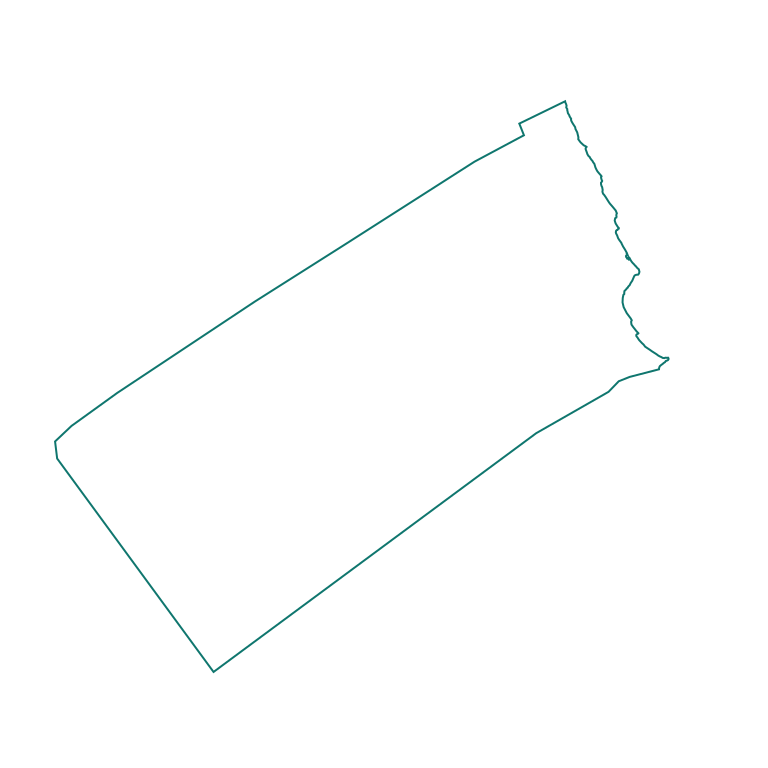 Marsa Matruh, Matruh, Egypt, rotated 55°
{"feature_id": "37247803B7137912263252", "entity_name": "Marsa Matruh", "entity_type": "district", "adm_level": 2, "iso_a3": "EGY", "parent_name": "Egypt", "parent_adm1": "Matruh", "projection": "natural_earth1", "projection_center": [27.133, 30.048], "detail": "fine", "context": "isolated", "style": "outline", "palette": "teal", "viewbox_px": 768, "rotation_deg": 55, "n_neighbors": 0, "source": "geoboundaries", "source_scale": "gbopen_adm2", "svg_char_len": 2764}
<svg xmlns="http://www.w3.org/2000/svg" viewBox="0 0 768 768"><g transform="rotate(55 384 384)"><path d="M529.7,150.3L528.9,149.7L528.1,148.7L527.6,147.8L527.4,145.8L527.4,144.1L527.2,143.0L527.3,141.3L527.0,140.6L526.8,139.9L527.1,139.0L527.3,137.7L527.0,136.9L526.7,136.5L525.9,136.2L525.4,136.2L525.0,137.0L524.2,138.0L523.8,138.5L523.6,139.5L523.0,140.2L522.3,140.9L521.3,141.2L519.7,142.2L518.1,143.0L515.9,143.7L513.7,144.6L510.8,145.8L508.5,146.6L505.7,147.7L503.1,148.7L501.7,148.7L500.3,148.8L498.7,149.2L496.6,149.5L494.5,149.8L493.1,149.8L491.4,149.7L490.2,149.8L489.5,149.8L488.6,149.3L488.3,148.3L488.3,147.7L488.5,147.1L488.3,146.5L485.6,146.9L480.3,147.2L477.3,147.2L475.5,146.3L474.6,145.7L473.9,144.5L471.8,144.3L465.2,144.5L458.5,143.6L454.0,141.8L450.5,139.1L448.3,136.8L448.2,136.2L448.1,135.6L447.0,134.8L445.8,133.8L445.6,132.6L445.4,131.9L445.4,131.2L444.9,130.4L444.9,129.1L444.4,128.3L444.1,127.1L444.0,126.2L443.2,124.8L442.7,123.8L442.1,122.2L441.8,121.4L441.1,120.3L439.8,118.2L439.3,117.4L438.9,116.5L439.0,115.5L439.3,114.6L440.2,113.0L439.7,111.7L438.6,110.4L436.2,109.5L434.1,110.0L431.6,110.2L431.2,110.4L429.6,110.5L427.3,110.9L425.6,111.0L423.7,110.9L422.4,110.7L421.4,110.6L420.8,110.7L420.5,110.9L421.2,111.4L422.9,111.6L422.6,112.1L421.8,112.0L420.8,112.9L419.8,112.7L418.9,112.8L418.0,112.4L417.6,111.7L417.7,111.1L418.2,110.5L416.6,110.1L416.1,110.2L415.9,109.9L412.2,109.5L408.5,109.3L405.0,108.8L404.5,108.6L401.4,108.7L398.9,108.6L397.4,108.2L396.0,107.8L395.0,107.7L393.7,107.5L392.7,107.1L391.7,106.1L391.4,105.1L391.7,104.4L391.2,103.2L391.4,102.6L391.0,102.2L389.4,102.4L387.7,102.3L385.5,102.2L384.1,101.8L382.5,101.3L381.1,99.9L380.7,99.2L380.9,98.2L380.4,97.6L379.0,96.9L378.1,96.0L377.7,95.3L377.0,95.2L376.1,95.0L374.9,94.7L372.0,94.9L369.6,95.1L365.8,95.5L364.2,95.5L361.8,95.4L358.0,95.2L355.3,95.2L353.9,95.4L353.0,95.2L351.8,94.8L350.5,93.6L347.9,92.4L346.4,92.2L344.6,91.5L343.5,90.7L343.4,90.0L343.1,89.3L342.8,88.8L341.9,88.7L340.1,88.1L338.9,87.5L338.8,86.8L338.3,86.6L334.7,87.0L332.2,87.2L330.2,87.0L327.9,86.6L326.1,86.0L324.3,85.4L322.4,85.5L320.9,85.3L319.2,85.5L317.1,85.5L316.0,85.3L314.6,85.7L312.6,85.6L310.2,84.9L307.5,84.2L306.5,83.6L306.2,82.7L306.0,82.1L305.0,82.4L303.0,83.5L298.8,84.4L295.0,84.5L293.3,83.2L288.7,81.4L285.0,80.9L283.2,80.1L280.0,80.0L278.2,79.9L276.3,79.7L274.9,79.3L274.1,78.6L271.3,78.5L270.2,78.1L267.7,78.0L266.5,77.5L266.1,77.3L264.7,76.8L264.0,76.2L263.2,76.2L262.0,76.1L260.7,74.8L259.2,74.3L257.5,74.0L256.3,73.5L248.3,123.8L260.5,126.7L253.8,182.3L247.3,336.2L242.4,442.6L239.9,543.9L238.3,607.7L239.1,664.0L242.4,686.4L257.6,694.5L522.1,688.8L511.6,287.5L519.2,204.6L516.4,190.1L519.1,178.7L529.7,150.3Z" fill="none" stroke="#0f766e" stroke-width="2"/></g></svg>